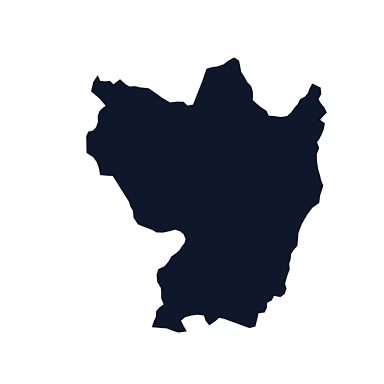 the district of Iporã do Oeste, Santa Catarina, Brazil, rotated 106°
{"feature_id": "56859067B29932927337968", "entity_name": "Iporã do Oeste", "entity_type": "district", "adm_level": 2, "iso_a3": "BRA", "parent_name": "Brazil", "parent_adm1": "Santa Catarina", "projection": "natural_earth1", "projection_center": [-53.489, -27.013], "detail": "fine", "context": "isolated", "style": "filled", "palette": "ink", "viewbox_px": 384, "rotation_deg": 106, "n_neighbors": 0, "source": "geoboundaries", "source_scale": "gbopen_adm2", "svg_char_len": 2153}
<svg xmlns="http://www.w3.org/2000/svg" viewBox="0 0 384 384"><g transform="rotate(106 192 192)"><path d="M121.5,83.2L114.7,82.7L109.9,86.4L105.7,84.9L100.4,83.9L95.6,83.4L89.9,83.9L87.8,89.8L82.8,87.5L78.6,85.2L74.7,88.7L71.6,93.3L68.1,96.8L62.4,95.5L56.9,97.6L55.4,105.7L60.4,106.8L65.1,107.1L69.5,109.0L73.4,113.0L78.6,113.9L82.9,116.0L88.3,117.9L93.3,120.9L96.2,127.0L97.1,133.8L98.3,139.6L94.1,143.2L92.2,149.3L89.7,155.0L87.4,159.7L83.2,160.5L78.6,162.1L74.4,165.0L71.7,169.7L67.7,173.6L63.5,178.4L58.2,181.0L53.4,183.5L51.9,188.3L56.4,192.8L61.2,196.4L65.0,201.9L67.5,207.5L70.0,211.3L82.2,211.9L108.2,214.4L111.1,220.2L108.4,225.0L109.9,231.0L112.8,237.7L110.4,246.8L107.8,254.1L105.0,262.2L106.5,270.6L106.7,275.8L108.6,281.0L107.4,286.0L104.4,292.0L111.2,297.0L108.6,301.5L110.3,305.8L111.4,311.1L107.2,314.5L113.6,316.5L122.6,316.0L126.7,306.9L132.8,297.5L135.9,300.2L139.9,302.5L145.0,302.8L150.2,301.0L156.3,301.3L160.9,303.6L163.0,307.6L167.4,308.3L182.9,303.5L184.9,296.5L188.8,291.4L194.5,287.3L200.2,284.6L198.9,277.7L197.6,272.4L218.3,249.3L222.6,246.5L225.9,243.0L232.5,240.4L237.3,234.6L238.1,227.5L238.6,219.9L239.9,214.9L238.1,208.5L234.8,202.4L232.1,198.2L232.3,192.5L234.4,187.8L238.8,184.4L243.2,184.4L247.2,186.0L251.6,187.3L255.6,189.8L259.8,193.3L265.9,194.8L271.5,197.4L275.8,202.4L281.0,202.5L287.5,200.1L292.5,194.8L296.5,193.3L302.4,191.6L307.8,187.3L312.3,190.8L316.4,192.8L321.9,191.6L326.7,192.3L332.1,192.6L330.5,184.5L329.3,178.6L329.9,173.1L330.1,166.5L327.2,159.9L323.0,164.2L318.8,168.1L313.7,164.7L310.2,158.9L307.7,153.1L306.6,146.2L311.6,142.7L314.4,138.8L308.9,134.3L304.7,131.7L304.3,126.2L304.7,121.4L305.0,115.8L305.6,108.2L306.2,99.5L303.5,94.8L295.8,95.0L289.8,95.5L287.3,89.7L282.3,88.8L277.7,90.2L273.8,86.2L268.4,85.1L268.0,78.5L264.2,75.6L258.9,75.3L254.8,78.0L249.5,78.1L244.9,78.0L239.5,77.5L234.4,79.6L229.4,79.4L224.1,80.4L219.0,78.8L214.7,76.7L208.4,77.8L202.7,79.1L197.2,78.8L192.2,78.3L186.9,77.0L181.5,75.6L173.7,72.7L167.2,67.5L160.4,68.6L155.7,68.5L150.0,68.3L145.5,71.8L141.2,74.1L136.3,77.3L131.5,79.6L127.7,81.2L121.5,83.2Z" fill="#0f172a" stroke="#020617" stroke-width="1.5"/></g></svg>